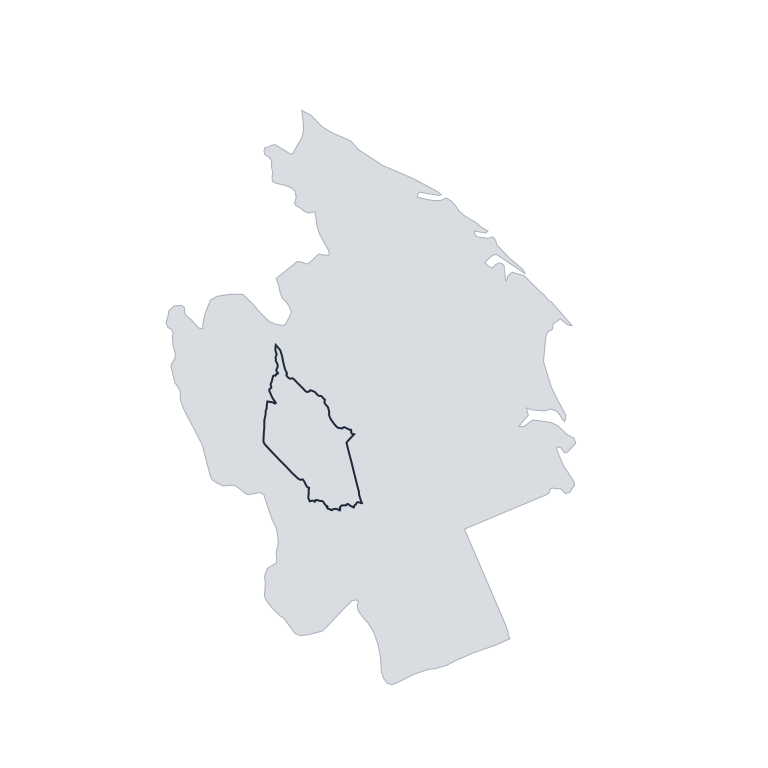 location of Mouloundou, Ogooué-Lolo, Gabon, rotated 157°
{"feature_id": "22940354B50404497002370", "entity_name": "Mouloundou", "entity_type": "district", "adm_level": 2, "iso_a3": "GAB", "parent_name": "Gabon", "parent_adm1": "Ogooué-Lolo", "projection": "equal_earth", "projection_center": [12.887, -0.678], "detail": "fine", "context": "in_parent", "style": "outline", "palette": "slate", "viewbox_px": 768, "rotation_deg": 157, "n_neighbors": 0, "source": "geoboundaries", "source_scale": "gbopen_adm2", "svg_char_len": 7356}
<svg xmlns="http://www.w3.org/2000/svg" viewBox="0 0 768 768"><g transform="rotate(157 384 384)"><path d="M499.4,112.9L499.0,119.3L493.7,134.9L491.2,146.9L490.5,159.8L492.0,170.1L494.6,177.5L496.3,185.5L495.0,191.1L492.4,193.5L494.1,196.3L498.1,197.0L504.7,194.5L515.0,190.2L528.4,184.1L537.2,180.7L551.8,182.8L559.5,185.2L563.5,189.5L567.8,207.9L570.0,210.7L573.5,218.6L576.4,228.0L577.1,232.8L576.7,236.2L573.8,241.3L570.4,248.8L569.3,253.3L566.5,256.7L563.0,260.0L553.2,261.3L551.7,263.3L549.0,271.3L543.9,278.0L541.5,284.4L539.5,292.9L539.9,303.5L538.9,318.6L537.8,328.9L540.4,332.5L552.0,335.0L554.3,337.0L557.4,343.4L561.3,349.4L572.0,353.1L576.1,357.7L579.4,362.7L579.9,366.8L577.5,383.3L575.1,399.1L576.0,411.2L576.9,422.7L578.2,439.4L577.6,449.6L574.6,455.9L574.6,460.8L576.0,466.7L573.3,483.0L571.6,485.7L566.8,488.8L564.3,493.2L563.5,500.0L560.9,509.4L558.3,512.9L558.3,517.3L560.8,520.5L560.8,525.4L556.1,531.2L553.2,535.7L546.8,537.8L539.6,535.5L537.9,532.3L539.7,527.2L539.0,523.2L536.5,518.9L532.7,508.0L529.2,505.7L527.3,510.1L521.4,518.5L511.0,529.1L503.7,530.0L490.2,526.7L478.9,521.6L473.6,509.1L470.3,498.8L465.5,486.8L460.1,481.1L454.3,477.5L451.7,477.2L443.5,483.9L441.0,486.5L441.0,492.1L441.8,497.4L443.1,499.9L444.1,503.2L443.9,508.5L442.5,515.4L442.0,523.2L416.1,530.7L411.6,528.0L408.3,524.5L404.4,525.1L393.2,529.1L389.1,526.3L385.0,524.3L383.1,526.0L382.9,529.3L384.8,547.4L384.2,554.3L381.7,563.3L380.4,569.4L387.2,571.1L389.7,574.0L392.1,578.5L395.5,582.8L395.7,585.4L391.9,590.1L390.6,595.9L392.4,600.5L397.1,605.2L403.9,610.2L407.3,613.4L406.9,616.4L403.8,622.7L402.6,628.0L400.4,632.8L400.9,637.3L403.9,641.4L403.6,645.1L401.5,647.9L397.3,647.3L393.7,647.7L390.4,646.6L380.3,632.2L378.1,631.8L363.5,642.8L359.9,647.4L356.9,653.9L352.8,668.0L346.2,659.8L340.4,644.8L333.7,635.6L319.6,620.7L315.9,609.7L299.7,585.5L276.6,561.4L259.8,540.4L257.3,535.7L260.1,536.3L276.3,546.7L278.5,545.6L280.4,543.2L273.4,537.8L266.7,533.4L260.5,530.7L254.2,531.0L250.7,526.5L248.4,519.8L247.3,514.0L244.5,508.0L235.6,495.5L233.4,490.7L228.6,484.2L231.5,483.3L241.1,489.6L241.9,487.1L241.1,483.4L231.5,477.4L226.3,477.0L225.1,472.9L225.8,468.0L219.0,449.9L211.9,436.3L210.7,429.9L229.9,459.4L232.5,459.9L235.8,459.6L243.8,456.3L242.3,452.4L238.7,448.2L235.2,450.1L230.7,450.5L228.3,448.7L227.3,445.7L231.8,431.4L229.8,432.1L228.4,434.7L225.9,435.9L222.1,436.6L212.7,428.9L204.3,408.2L202.1,404.0L199.9,396.8L197.7,393.8L188.1,364.3L191.8,366.5L196.1,375.0L204.6,373.3L207.9,368.3L210.8,368.5L213.8,367.4L217.5,362.7L228.4,342.4L231.2,315.7L230.3,299.7L228.7,284.0L232.3,278.9L233.7,282.3L234.4,287.9L236.1,292.0L240.0,295.7L247.2,296.7L258.3,302.6L262.3,306.3L263.4,298.9L276.2,292.5L272.3,290.2L260.9,292.7L245.3,283.3L240.1,277.3L235.3,265.9L230.3,259.9L230.6,254.5L241.8,249.6L244.8,250.2L246.0,256.0L249.0,258.5L250.2,257.7L250.7,252.6L250.7,239.1L247.3,219.8L248.3,216.1L251.4,214.7L254.1,212.2L256.0,211.7L259.8,212.2L261.7,216.6L262.8,219.1L266.6,220.2L269.7,222.6L272.5,222.0L274.7,219.2L278.0,218.6L288.2,218.7L297.5,218.7L315.9,218.8L334.3,218.9L352.7,218.9L366.6,219.0L366.6,207.9L366.5,190.9L366.4,170.7L366.3,151.4L366.3,133.5L366.2,112.3L367.0,106.3L367.9,103.8L367.5,100.3L381.8,100.0L407.6,101.6L418.9,101.4L422.1,101.7L436.2,100.6L447.6,101.9L452.5,103.4L456.8,104.2L470.5,105.1L488.4,103.9L494.4,104.2L497.8,107.2L499.4,112.9Z" fill="#d9dde1" stroke="#a8b0b8" stroke-width="1"/><path d="M450.9,283.0L450.9,283.8L450.8,286.1L450.6,287.9L450.5,288.8L450.2,291.6L449.9,292.9L449.2,294.3L448.3,301.1L446.1,314.9L444.5,324.6L443.1,334.4L441.5,344.5L441.0,344.9L436.7,347.0L431.1,349.4L431.7,349.9L432.5,350.3L433.0,350.8L433.1,351.4L433.0,352.8L432.6,353.5L432.2,354.1L432.2,354.7L432.7,354.9L433.2,355.1L433.7,355.5L434.3,356.3L435.1,357.2L435.8,358.0L436.7,359.0L437.4,359.8L438.2,359.9L438.7,359.9L439.2,359.6L439.6,359.4L440.3,359.6L440.5,359.9L441.1,360.3L441.7,360.5L442.5,360.9L443.1,361.4L443.7,362.1L444.3,363.3L444.6,363.9L445.0,365.2L445.4,366.4L446.0,368.8L446.2,370.2L446.7,371.8L446.8,373.3L446.8,374.9L446.7,376.2L446.4,377.8L445.7,378.8L445.4,379.5L445.1,381.2L444.9,382.7L444.7,383.9L444.7,384.8L445.0,385.7L445.3,386.4L445.6,387.7L445.9,388.5L446.1,389.5L446.0,390.4L445.6,391.2L445.2,391.7L444.6,392.4L444.6,393.0L445.1,393.7L445.4,394.5L445.7,395.7L446.1,396.7L446.7,397.6L447.6,398.1L448.5,398.5L448.9,399.0L449.5,400.1L449.9,401.0L450.1,401.9L450.4,402.9L451.2,404.2L451.8,404.8L452.6,405.6L453.3,406.3L454.1,406.9L454.6,407.0L455.0,406.6L455.5,406.4L456.6,406.5L457.4,406.6L458.3,406.9L458.6,407.4L459.1,408.2L459.6,409.4L460.2,411.3L461.0,413.2L462.1,416.0L463.7,419.9L464.5,422.2L465.3,424.1L466.3,425.2L467.6,425.3L468.9,426.0L469.9,427.8L470.3,429.5L470.3,430.7L469.0,431.7L469.2,432.9L469.3,434.4L469.3,436.6L469.0,438.7L468.8,440.3L468.5,441.4L468.3,443.2L467.9,445.1L467.5,446.9L467.1,448.6L466.8,450.7L466.6,452.8L466.3,454.8L466.5,456.4L467.0,458.0L467.4,459.3L468.0,461.2L468.4,462.2L469.0,461.2L469.8,459.7L470.4,458.5L470.8,457.2L471.0,455.8L471.0,455.0L471.3,453.1L471.9,452.4L472.9,451.6L473.5,450.7L473.6,449.6L473.9,449.0L474.5,447.9L474.4,443.2L474.7,442.3L475.4,441.1L476.3,440.3L476.8,439.8L477.4,439.4L477.7,438.9L477.9,437.8L477.8,436.9L477.5,436.3L477.3,435.8L477.4,435.2L477.9,435.0L478.5,435.2L479.2,435.3L479.7,435.0L480.2,434.3L480.9,434.1L481.5,434.5L482.3,434.9L483.1,434.5L484.4,432.8L486.7,429.7L488.0,428.6L488.7,427.5L488.8,425.9L489.3,424.5L491.0,424.2L491.7,423.8L492.2,423.1L492.2,416.9L492.1,414.7L491.7,412.3L491.3,411.1L491.2,409.7L491.0,408.8L492.1,408.7L492.7,409.4L493.4,410.4L494.7,411.2L495.6,412.0L496.6,412.4L497.0,412.9L497.8,413.3L498.1,413.5L498.4,413.2L499.0,412.2L499.4,411.4L499.8,410.9L500.3,410.2L500.8,408.9L501.4,407.8L502.2,406.5L502.9,406.1L503.7,404.9L504.2,403.9L504.6,402.7L505.4,401.5L507.3,398.8L508.0,397.9L508.6,396.8L509.2,395.2L510.1,393.4L510.8,391.6L511.4,390.2L513.3,386.8L515.6,382.1L516.8,379.5L517.4,378.3L517.5,376.9L517.3,375.1L516.5,372.7L512.9,362.8L509.5,353.9L506.4,346.3L503.6,338.6L501.3,333.3L500.1,330.8L499.6,329.8L499.0,329.0L498.4,328.6L497.7,328.3L497.1,328.2L496.4,328.0L495.9,327.7L495.6,325.9L495.4,323.2L495.3,321.3L495.1,319.6L494.6,318.7L494.3,318.3L493.7,318.1L493.5,317.7L493.8,317.1L494.5,316.1L495.2,315.0L495.4,314.0L495.9,313.0L496.6,311.8L497.3,310.5L497.9,309.4L498.2,308.5L498.2,306.9L498.2,305.0L497.6,304.9L496.3,304.8L495.1,304.5L494.5,304.0L494.1,303.1L493.8,302.7L493.2,302.8L492.9,303.3L492.4,303.8L491.5,303.7L490.8,303.2L490.2,302.7L489.1,301.8L488.4,301.2L487.7,301.0L487.0,300.7L486.2,299.8L485.8,298.9L485.7,297.8L485.4,296.2L485.1,295.0L484.7,294.4L484.1,294.0L483.9,293.3L484.3,293.1L484.7,292.8L484.7,292.0L484.3,291.2L483.8,290.7L483.0,290.3L482.6,289.6L482.1,288.7L481.5,288.3L480.9,288.3L480.4,288.6L479.1,288.5L477.8,288.2L476.9,287.7L476.1,287.0L475.3,286.5L474.8,286.1L474.7,285.4L474.1,284.9L473.5,285.4L473.2,285.9L473.1,286.7L472.9,287.6L472.3,287.9L471.7,288.1L471.2,288.6L470.4,288.7L469.7,288.5L468.6,288.0L467.5,287.7L467.0,287.5L466.7,287.2L466.1,287.2L465.6,287.5L465.0,287.9L464.5,287.8L463.7,287.3L463.3,286.4L462.6,285.1L462.0,284.4L461.2,283.6L460.8,282.9L460.1,282.2L459.6,282.6L459.0,283.3L458.1,284.0L457.3,284.1L456.5,284.5L456.0,285.0L455.0,285.5L454.1,285.4L453.1,284.6L452.4,284.1L451.8,283.3L450.9,283.0Z" fill="none" stroke="#1e293b" stroke-width="2"/></g></svg>